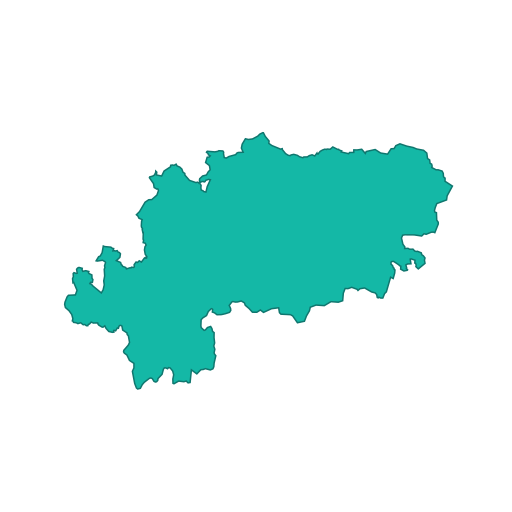 outline of Carrick-On-Shannon Lea-6, Leitrim, Ireland, rotated 299°
{"feature_id": "5873133B60046508730190", "entity_name": "Carrick-On-Shannon Lea-6", "entity_type": "district", "adm_level": 2, "iso_a3": "IRL", "parent_name": "Ireland", "parent_adm1": "Leitrim", "projection": "robinson", "projection_center": [-7.954, 53.923], "detail": "fine", "context": "isolated", "style": "filled", "palette": "teal", "viewbox_px": 512, "rotation_deg": 299, "n_neighbors": 0, "source": "geoboundaries", "source_scale": "gbopen_adm2", "svg_char_len": 6144}
<svg xmlns="http://www.w3.org/2000/svg" viewBox="0 0 512 512"><g transform="rotate(299 256 256)"><path d="M420.5,377.6L419.7,373.5L418.7,371.7L418.6,366.8L420.0,366.5L421.5,365.1L421.5,363.3L424.2,361.3L424.4,358.8L428.8,355.5L429.7,351.3L427.5,344.6L427.1,340.9L425.2,334.6L423.9,327.5L420.3,324.8L416.9,324.7L415.3,322.2L408.9,321.7L406.5,315.1L406.9,308.6L400.8,301.7L398.7,301.9L400.6,296.7L397.9,293.2L396.2,290.1L394.0,291.3L391.9,287.7L390.4,287.4L388.3,280.1L389.5,280.0L389.0,277.4L389.4,276.6L388.8,275.6L388.6,270.3L385.3,269.1L384.0,266.3L383.4,266.1L382.8,264.4L381.1,262.9L378.7,261.4L375.2,260.8L375.1,259.9L375.6,259.4L372.0,258.9L371.7,256.0L369.6,253.9L367.6,252.9L365.7,249.7L364.7,249.4L363.9,245.9L364.1,243.4L363.2,239.7L361.3,237.6L360.3,237.2L359.7,235.2L359.9,232.2L361.8,227.5L362.6,226.9L361.4,225.7L360.3,216.3L360.7,212.6L362.9,211.7L365.1,206.1L367.4,202.7L367.1,202.1L364.4,200.2L361.6,199.4L356.7,196.2L354.2,192.8L353.4,189.9L347.1,189.7L343.3,190.9L340.5,194.5L337.9,190.2L336.6,189.3L334.8,189.1L329.9,184.1L327.2,182.5L326.7,180.5L329.7,178.0L331.1,177.4L331.8,176.1L330.1,172.5L329.0,171.8L327.1,169.5L324.0,162.6L323.3,162.4L322.7,162.4L322.4,164.4L321.4,165.3L321.4,167.4L319.8,167.0L318.7,165.4L313.3,166.6L312.5,171.4L309.2,174.1L306.4,173.4L302.9,173.4L300.1,170.5L296.3,169.3L294.8,169.8L294.3,170.5L292.5,171.0L294.9,172.6L295.6,173.7L295.6,174.7L296.3,175.3L297.9,175.4L300.0,177.4L300.6,179.1L293.0,179.7L287.7,181.2L287.0,179.1L287.4,177.9L287.1,176.2L288.8,174.8L291.2,173.7L292.5,171.1L292.2,169.0L291.1,167.9L289.9,161.2L292.3,154.6L293.7,153.7L293.9,151.5L296.1,149.0L296.8,146.3L296.5,143.3L297.6,141.6L295.6,140.4L295.1,138.8L294.0,137.4L292.6,138.0L285.8,134.4L280.2,134.7L278.6,129.6L281.2,128.6L281.6,127.2L280.6,127.7L277.6,127.9L275.8,126.9L273.7,124.7L272.8,124.8L269.6,131.3L266.5,133.7L266.4,136.8L267.1,137.5L266.7,138.2L265.8,139.0L261.3,139.8L254.8,137.5L253.2,134.9L249.3,132.9L238.4,132.6L234.1,131.4L233.7,133.3L232.3,135.3L232.6,138.8L230.9,139.1L227.1,140.9L225.9,141.7L224.7,143.6L224.0,143.6L221.5,145.8L221.8,146.1L215.9,149.1L215.4,150.0L213.0,150.8L213.5,153.0L212.2,154.6L210.3,154.4L207.2,155.5L203.8,158.3L202.6,160.8L201.1,161.3L200.3,160.0L200.8,159.8L200.2,159.4L195.1,158.7L195.2,156.2L192.9,155.5L192.6,154.0L189.3,153.6L187.6,154.8L186.7,154.6L185.8,152.5L185.1,152.5L184.5,151.4L181.9,148.9L182.8,147.7L182.3,144.3L183.1,143.2L183.0,142.5L184.7,140.7L184.2,136.1L188.8,137.6L192.2,136.4L192.8,134.9L192.6,133.3L193.4,132.0L192.1,130.5L192.0,129.4L191.2,128.4L193.5,127.9L193.1,126.6L193.4,124.8L190.9,119.1L190.7,117.6L184.3,119.8L180.5,119.8L179.1,118.7L174.3,118.5L174.6,119.6L177.9,123.9L177.8,126.9L177.3,127.6L173.9,128.3L172.8,129.4L170.8,129.7L165.2,133.3L160.4,134.9L157.1,137.3L152.2,138.7L148.7,138.6L150.7,127.9L151.5,125.8L151.3,124.1L152.8,124.1L153.6,125.7L156.3,124.8L157.0,123.4L159.9,121.6L159.7,118.4L160.3,117.4L161.4,117.3L160.6,114.2L158.6,112.0L159.8,110.4L161.0,110.0L160.2,106.7L159.0,105.8L157.4,105.5L154.3,108.0L153.6,107.2L153.2,104.9L152.0,104.6L149.3,106.3L147.3,106.5L143.8,108.9L144.5,109.4L139.2,116.1L134.4,116.9L130.7,111.0L128.7,110.6L123.1,111.3L120.9,112.1L118.5,114.3L117.5,119.0L115.5,123.2L112.4,126.2L110.2,126.8L110.3,127.4L109.5,128.6L110.5,131.3L110.5,133.0L112.6,135.0L112.1,138.2L113.1,139.5L112.8,141.4L113.5,142.7L114.9,142.5L115.7,143.3L118.3,143.9L118.5,146.2L120.7,150.0L119.7,151.0L119.3,152.2L119.2,155.9L119.6,156.7L121.6,157.6L120.0,159.9L118.6,163.9L119.6,167.4L120.5,168.6L121.6,167.7L122.2,167.8L122.5,169.5L125.8,169.6L126.1,170.7L128.1,170.2L129.1,170.5L129.8,171.4L129.7,172.7L126.6,175.3L126.2,180.4L124.8,181.5L124.4,183.0L119.1,187.3L116.1,187.5L109.5,186.1L108.0,186.6L107.2,187.9L106.8,191.1L103.3,196.0L102.9,201.3L98.9,203.5L95.2,203.8L85.7,211.7L82.6,215.4L82.3,217.0L84.2,219.0L88.3,218.9L91.3,219.5L97.2,222.0L98.4,223.2L98.5,224.8L96.9,227.5L97.0,229.1L97.8,230.0L99.5,230.4L101.3,229.7L107.0,231.2L112.1,229.9L113.7,230.1L114.4,231.4L114.5,233.3L116.0,233.6L116.5,235.1L115.0,238.9L112.2,241.6L108.1,242.9L104.4,245.1L104.5,246.2L109.1,249.0L111.1,253.9L112.8,255.6L112.1,258.1L113.4,259.7L125.1,254.7L124.2,261.4L129.8,262.9L131.2,264.9L132.9,266.3L134.2,271.3L136.4,273.0L138.7,272.8L142.0,271.3L149.3,269.2L150.1,267.3L151.0,266.3L154.5,265.2L156.8,262.7L159.9,262.0L164.2,258.9L168.7,256.5L169.0,254.6L171.2,252.6L172.4,250.5L169.9,248.2L166.9,247.6L165.8,246.7L166.8,242.8L168.3,241.6L173.7,238.9L176.1,239.5L179.9,241.6L184.3,241.2L187.9,242.3L188.5,242.8L188.3,244.0L185.8,245.0L186.2,247.2L185.7,250.3L188.0,254.2L190.8,257.3L193.9,260.2L196.2,260.3L197.8,259.2L199.8,256.5L204.1,257.2L204.9,257.7L205.7,260.3L206.9,262.2L209.5,264.9L209.4,268.6L207.7,270.5L206.7,275.4L205.1,280.1L207.2,284.0L210.9,286.0L210.3,289.9L217.4,295.1L221.7,300.9L217.8,304.0L217.2,306.0L221.4,314.6L221.4,317.1L217.7,324.6L222.4,330.0L228.1,329.2L234.0,329.3L237.5,328.3L242.2,332.3L245.7,339.8L252.4,343.7L255.5,350.4L258.9,353.5L265.8,350.4L270.8,349.7L272.0,352.2L275.0,354.9L275.9,360.6L275.3,361.9L277.8,362.8L280.7,366.5L280.6,374.6L281.5,378.1L280.8,380.2L278.5,382.2L278.6,383.2L279.5,383.4L279.7,385.5L280.7,387.3L285.5,386.7L287.8,387.4L302.7,384.0L302.8,386.9L308.3,385.6L311.2,384.3L311.2,383.4L312.3,382.6L312.3,381.8L313.9,380.0L314.3,378.1L316.0,377.1L317.1,377.5L318.0,379.0L317.5,385.2L317.1,386.3L317.3,387.6L314.6,388.9L314.6,392.6L316.8,395.2L317.4,395.3L318.0,393.5L318.7,393.5L320.8,391.4L322.5,392.4L324.3,395.3L328.0,392.4L328.7,393.2L329.4,397.1L326.8,398.3L326.9,399.2L325.7,400.5L324.2,401.0L323.4,404.2L331.5,407.4L334.1,405.3L336.2,404.8L337.3,402.3L337.5,400.4L338.9,399.0L338.4,394.9L337.7,394.1L337.3,392.4L338.1,390.0L336.4,387.1L336.4,385.2L334.6,382.4L336.1,381.8L337.5,378.8L342.3,374.5L345.3,374.2L346.7,375.9L351.2,384.2L353.8,391.2L356.9,392.2L357.5,394.3L361.8,397.8L362.9,399.6L363.1,401.1L372.4,399.9L373.9,399.0L375.0,396.7L381.4,392.8L381.1,391.2L382.2,390.1L385.2,389.3L389.5,388.7L397.4,395.5L401.3,394.0L412.4,393.9L413.0,385.1L415.8,383.6L415.8,382.5L416.5,381.4L419.1,379.7L420.5,377.6Z" fill="#14b8a6" stroke="#0f766e" stroke-width="1.5"/></g></svg>